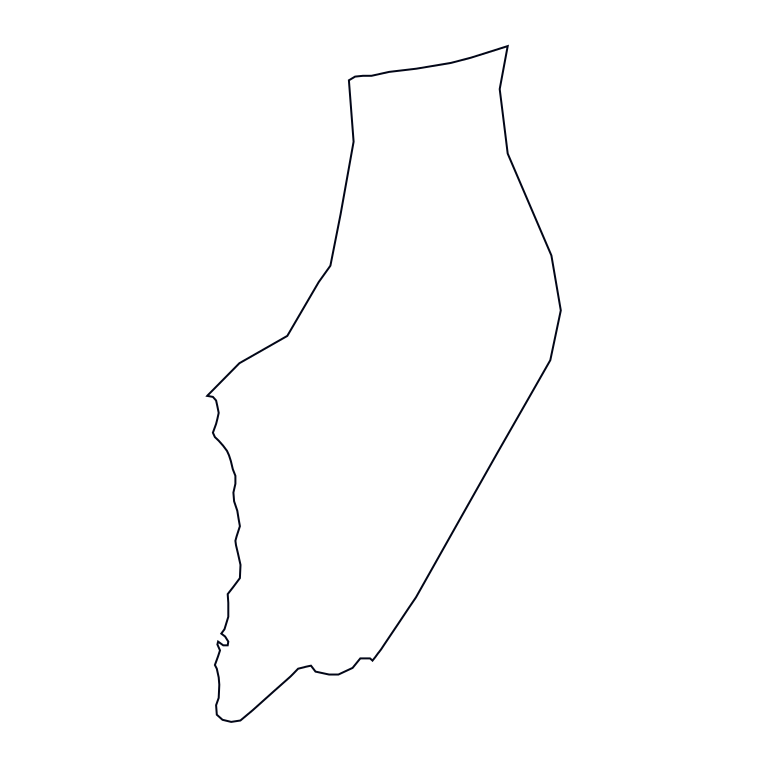 outline of Foro Baranga, Western Darfur, Sudan
{"feature_id": "16777658B32386260809283", "entity_name": "Foro Baranga", "entity_type": "district", "adm_level": 2, "iso_a3": "SDN", "parent_name": "Sudan", "parent_adm1": "Western Darfur", "projection": "robinson", "projection_center": [22.544, 12.241], "detail": "fine", "context": "isolated", "style": "outline", "palette": "ink", "viewbox_px": 768, "rotation_deg": 0, "n_neighbors": 0, "source": "geoboundaries", "source_scale": "gbopen_adm2", "svg_char_len": 1544}
<svg xmlns="http://www.w3.org/2000/svg" viewBox="0 0 768 768"><path d="M507.7,46.1L470.9,57.7L451.0,62.9L416.3,68.7L389.1,71.9L371.5,75.8L363.0,75.8L355.1,76.6L348.9,80.3L353.6,141.7L340.6,214.2L330.4,265.7L318.7,282.1L287.3,335.9L239.4,363.2L210.0,393.0L207.6,395.4L207.2,395.9L208.5,396.1L212.9,396.9L216.1,400.5L217.4,406.4L218.7,412.9L217.4,418.8L216.1,423.9L212.9,432.7L214.9,437.1L218.7,440.7L223.2,445.8L227.0,450.9L229.0,455.3L230.9,461.2L232.8,469.2L235.4,475.8L235.4,483.8L233.4,492.6L234.1,501.3L237.3,510.8L238.6,518.9L239.9,526.2L236.6,536.4L235.4,540.8L236.0,545.2L237.9,553.2L240.5,564.9L239.9,578.1L233.4,586.8L227.7,594.1L228.3,602.9L228.3,616.8L224.5,629.2L221.3,633.6L225.1,636.5L228.3,641.6L227.7,645.3L223.2,645.3L218.1,641.6L218.0,642.0L217.4,641.6L218.0,642.1L217.4,644.5L220.0,650.4L218.1,656.2L214.9,665.0L216.8,668.7L218.7,677.4L219.3,684.7L218.7,697.9L216.1,705.2L216.8,714.7L222.5,719.8L231.2,721.9L240.4,720.5L252.6,710.3L273.8,691.3L290.5,676.5L293.3,673.7L298.1,668.7L304.7,667.1L305.2,666.9L310.3,665.8L311.0,665.7L315.5,671.6L328.9,674.5L331.3,674.5L338.5,674.5L340.6,673.5L352.6,667.9L360.3,658.4L369.3,658.4L370.0,658.4L372.3,660.4L372.5,660.6L375.6,656.7L376.0,656.1L377.1,654.6L377.6,653.9L378.5,652.7L378.9,652.3L379.6,651.3L381.0,649.5L384.1,644.8L384.3,644.5L394.9,628.7L397.0,625.6L409.2,607.3L416.0,597.3L460.8,517.7L473.2,495.7L497.3,453.0L529.5,396.7L550.3,360.2L560.8,310.4L551.4,255.5L507.7,153.6L505.3,134.1L502.6,112.3L499.7,89.1L507.7,46.1Z" fill="none" stroke="#020617" stroke-width="2"/></svg>